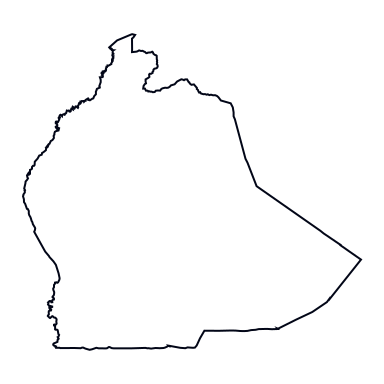 outline of Mwanga, Kilimanjaro, United Republic of Tanzania
{"feature_id": "72390352B15719315121224", "entity_name": "Mwanga", "entity_type": "district", "adm_level": 2, "iso_a3": "TZA", "parent_name": "United Republic of Tanzania", "parent_adm1": "Kilimanjaro", "projection": "albers", "projection_center": [37.536, -3.684], "detail": "fine", "context": "isolated", "style": "outline", "palette": "ink", "viewbox_px": 384, "rotation_deg": 0, "n_neighbors": 0, "source": "geoboundaries", "source_scale": "gbopen_adm2", "svg_char_len": 5649}
<svg xmlns="http://www.w3.org/2000/svg" viewBox="0 0 384 384"><path d="M58.5,130.5L56.1,131.1L54.9,131.8L54.4,133.3L54.4,134.7L53.8,135.4L53.6,136.1L53.9,137.0L53.8,138.2L52.4,140.1L50.8,141.0L49.5,143.8L48.7,144.1L47.1,146.2L48.1,145.9L47.7,146.9L46.1,148.2L45.9,150.2L43.3,152.3L42.1,152.9L41.7,154.7L39.2,155.6L37.6,158.6L34.8,161.7L34.6,165.0L34.0,165.8L33.0,165.8L32.0,167.0L32.0,168.7L31.4,169.3L30.0,169.9L30.0,173.8L29.0,174.6L28.4,173.2L27.0,175.4L27.4,177.3L28.0,178.3L27.2,179.7L25.6,181.5L25.4,183.4L24.2,188.5L25.0,190.1L24.6,190.4L24.8,190.7L24.8,192.5L23.4,194.5L23.4,195.2L23.0,196.2L23.9,199.2L24.0,202.1L25.2,203.9L26.9,208.8L27.8,209.0L28.8,211.0L28.8,213.6L29.3,215.3L30.3,216.9L31.0,218.7L31.5,220.7L32.3,222.0L32.9,224.2L34.9,227.5L35.2,228.4L34.9,230.2L34.2,231.8L45.2,251.6L49.0,256.1L49.5,257.1L53.4,261.3L55.9,264.9L58.6,273.4L59.6,278.2L59.4,279.7L58.1,282.3L57.6,282.7L57.1,282.8L56.4,282.3L55.0,282.6L55.0,283.6L54.0,284.9L54.0,287.2L53.2,288.6L53.3,289.8L54.2,292.1L54.1,293.9L53.7,295.4L52.6,296.6L52.5,297.1L53.9,298.3L54.0,299.2L53.8,299.6L53.0,299.6L52.3,300.3L52.2,301.2L52.3,302.2L51.4,302.3L50.6,301.1L49.7,301.0L48.8,301.6L48.2,302.3L48.6,302.5L48.5,302.9L48.0,304.4L48.5,305.1L49.6,305.8L52.2,306.5L52.2,307.0L51.8,307.2L51.1,307.2L49.8,306.5L49.3,306.5L49.3,308.0L50.0,308.9L50.8,309.2L51.2,309.6L51.1,310.2L50.9,310.5L49.5,310.5L48.8,311.2L48.7,312.5L48.9,314.3L48.7,314.7L47.9,315.5L47.8,316.0L49.7,317.9L50.2,318.0L52.2,316.2L52.6,316.2L54.2,317.6L55.3,317.7L56.3,318.7L56.6,319.5L56.3,321.7L56.6,323.4L56.4,324.0L55.8,324.6L54.3,324.5L54.0,324.7L54.0,325.5L55.1,326.1L55.1,329.4L55.5,329.7L57.0,329.7L57.7,330.2L58.4,334.1L59.1,334.9L58.3,336.9L57.7,337.1L57.9,337.9L58.6,338.6L58.4,339.2L57.6,339.8L57.4,341.9L53.7,343.5L53.3,344.1L53.2,344.8L53.9,345.6L55.1,346.0L55.3,346.7L56.1,346.6L56.1,347.8L59.6,347.8L60.3,348.1L74.4,348.0L80.6,348.2L82.1,347.6L83.2,347.6L85.4,348.6L89.6,349.8L92.0,349.3L96.3,347.8L98.6,348.3L105.6,348.4L106.9,348.3L108.9,347.0L109.7,347.1L111.7,348.1L113.4,348.3L132.3,348.3L145.5,347.9L147.4,348.3L148.5,348.2L151.1,348.6L155.6,348.0L159.8,348.2L163.5,348.0L165.0,347.6L167.0,346.7L168.1,345.8L168.4,345.9L168.2,345.6L180.2,347.8L185.3,348.2L187.6,347.4L193.0,347.8L194.9,347.6L196.7,345.5L200.0,338.3L204.4,330.7L219.0,330.8L231.5,330.5L235.6,330.6L240.2,331.0L244.0,331.1L247.5,330.9L251.1,330.1L255.6,329.8L258.7,329.1L267.0,328.9L271.9,329.2L277.9,329.0L277.5,328.5L278.0,328.7L296.2,319.6L312.3,312.0L326.9,302.1L329.5,298.6L329.6,299.1L361.0,259.6L340.5,245.3L340.7,245.0L323.6,233.4L320.4,230.8L256.6,186.2L247.5,162.7L245.5,158.8L234.9,119.3L233.6,116.3L233.6,112.4L232.8,107.4L230.7,103.3L220.9,100.5L218.4,97.2L216.9,95.9L215.1,95.2L213.1,95.3L211.0,94.7L209.3,95.1L207.8,94.3L206.8,94.7L205.0,94.1L203.4,94.2L201.0,93.5L200.1,92.2L199.2,92.6L198.4,91.4L198.0,90.0L196.8,89.0L196.9,87.9L193.9,84.4L191.4,84.8L189.7,83.4L189.3,82.3L188.6,82.0L187.1,79.4L185.1,79.4L184.0,80.2L182.8,79.6L181.3,79.3L177.1,81.5L174.6,84.3L170.9,85.4L169.9,86.6L168.4,87.6L166.9,87.9L165.1,87.7L162.3,88.4L161.1,89.2L160.2,90.6L157.6,90.5L155.8,90.7L154.7,92.0L152.8,92.2L151.8,91.7L150.3,91.7L149.5,91.3L148.3,91.5L148.1,91.0L147.5,90.7L146.0,90.7L144.9,88.6L143.2,88.6L143.6,85.9L144.8,84.1L146.0,83.4L145.6,81.6L145.6,79.4L148.5,77.7L149.4,76.9L149.1,74.6L149.6,73.8L151.1,73.8L152.6,72.9L152.5,72.0L153.3,71.1L153.5,69.6L154.4,68.7L156.0,68.4L157.2,67.7L157.7,66.4L157.5,65.0L156.8,64.1L157.2,62.3L156.9,61.5L157.2,60.3L156.8,59.4L156.7,55.8L156.2,55.3L155.1,55.0L154.2,54.4L153.3,53.6L153.0,52.4L152.2,51.7L150.8,52.4L148.0,52.6L147.0,53.1L146.2,53.1L144.9,51.9L143.5,51.4L143.0,51.0L142.5,50.8L141.1,51.0L139.1,50.4L137.3,51.4L136.1,51.7L132.0,52.1L132.1,49.5L132.0,38.6L133.4,37.4L135.1,34.9L132.3,34.2L131.4,34.4L117.1,40.4L109.2,47.4L109.6,47.9L110.4,47.8L110.4,48.8L110.5,48.9L111.4,48.7L111.8,48.9L111.8,50.0L113.6,50.2L112.8,50.7L112.6,52.9L113.3,53.4L113.5,53.8L112.5,54.5L112.7,55.3L112.4,55.5L112.7,56.2L113.4,56.3L113.1,56.9L113.4,57.7L113.1,57.9L113.1,58.4L112.5,58.4L112.0,59.5L112.0,59.9L112.4,59.5L112.7,59.5L112.4,60.1L112.8,60.8L111.2,63.4L111.3,64.1L108.4,65.7L107.6,65.5L107.6,66.1L107.0,66.4L107.0,66.8L106.5,66.8L106.6,67.5L105.9,68.2L106.0,69.1L105.6,70.0L106.0,70.1L105.9,70.7L105.3,70.9L105.2,71.3L104.5,71.1L104.1,71.9L103.9,71.5L103.4,71.9L103.0,71.3L102.7,71.4L102.7,71.9L102.5,72.0L102.4,72.4L102.0,72.8L101.6,72.8L101.5,73.2L102.0,73.7L102.4,73.4L103.1,73.8L102.0,75.1L102.6,75.5L102.6,76.0L102.9,76.2L102.6,77.1L99.9,77.3L100.7,79.8L100.7,81.4L100.7,82.2L99.3,86.1L99.4,86.7L99.8,87.0L99.8,87.6L97.0,88.8L96.7,89.3L96.5,90.4L95.9,91.5L95.9,94.3L94.2,96.1L93.3,98.4L92.3,98.7L89.9,100.3L88.3,99.9L88.5,98.8L88.1,98.4L85.5,100.0L85.4,100.2L85.5,100.8L84.8,100.9L84.0,101.8L83.7,101.0L82.9,101.0L82.2,101.2L81.5,101.1L81.4,101.8L81.0,102.0L80.6,101.9L80.8,102.8L80.6,103.4L80.1,103.8L79.7,103.6L79.4,102.8L79.2,102.9L78.7,104.2L78.5,105.3L77.7,106.0L78.2,107.3L77.9,107.9L75.9,106.4L75.6,106.4L74.5,108.6L73.4,108.0L73.3,107.1L72.7,106.7L72.3,107.8L72.7,109.4L71.8,108.9L71.3,108.8L70.8,110.5L70.5,110.7L70.7,111.1L70.3,111.6L69.9,111.7L69.3,111.5L68.8,110.5L67.3,110.8L66.8,110.6L66.2,113.0L65.8,113.4L65.4,113.4L64.6,114.8L64.0,114.6L63.8,114.2L63.4,114.3L62.1,115.0L62.0,116.1L60.6,114.8L59.9,115.2L59.4,116.3L60.0,117.6L59.7,117.9L59.0,117.4L58.6,117.9L58.9,118.6L59.3,118.9L59.3,119.4L57.9,122.2L57.3,122.6L56.9,121.7L56.3,121.5L55.9,121.7L55.7,122.4L55.8,123.4L56.6,123.6L57.4,125.1L57.1,125.7L55.7,126.8L55.8,127.3L56.8,128.7L57.5,127.6L57.9,128.8L58.3,128.7L58.6,128.0L59.1,128.2L58.5,130.5Z" fill="none" stroke="#020617" stroke-width="2"/></svg>